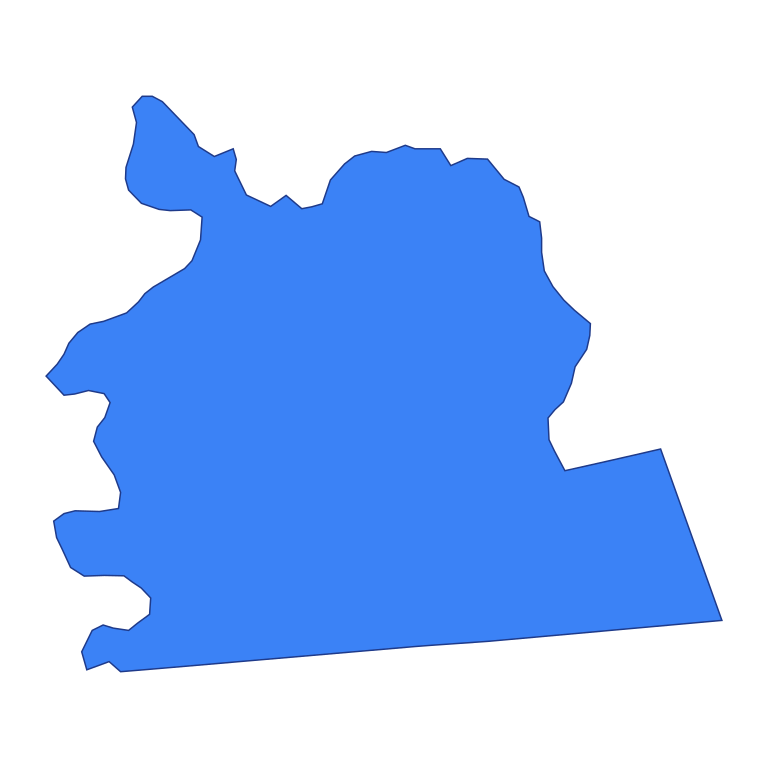 Santarém Novo, Pará, Brazil
{"feature_id": "56859067B39326540925346", "entity_name": "Santarém Novo", "entity_type": "district", "adm_level": 2, "iso_a3": "BRA", "parent_name": "Brazil", "parent_adm1": "Pará", "projection": "robinson", "projection_center": [-47.361, -0.902], "detail": "fine", "context": "isolated", "style": "filled", "palette": "blue", "viewbox_px": 768, "rotation_deg": 0, "n_neighbors": 0, "source": "geoboundaries", "source_scale": "gbopen_adm2", "svg_char_len": 1500}
<svg xmlns="http://www.w3.org/2000/svg" viewBox="0 0 768 768"><path d="M120.6,671.7L154.4,668.9L415.4,646.5L431.2,645.3L488.5,641.3L721.9,620.4L660.6,449.0L612.6,460.0L564.9,470.7L554.4,450.9L549.0,439.7L548.0,418.0L555.0,409.6L563.4,401.9L571.4,383.3L575.1,366.8L586.7,349.3L589.8,335.5L590.4,323.6L574.5,310.3L563.8,300.1L552.9,286.6L544.3,270.9L541.6,252.3L541.6,238.1L539.7,221.8L529.0,216.4L523.3,197.3L519.0,187.0L504.1,179.3L487.5,159.1L467.3,158.4L450.8,165.6L440.3,148.8L415.0,148.8L405.3,145.3L386.4,152.5L371.6,151.4L354.7,156.0L344.6,163.9L330.4,180.0L322.3,203.8L311.8,206.8L301.8,208.7L286.1,195.4L270.7,206.4L246.4,195.0L234.7,170.9L236.3,159.5L233.2,148.8L214.3,156.5L198.4,146.5L194.1,134.6L162.4,101.7L152.3,96.3L142.2,96.3L132.3,107.1L136.5,122.5L133.4,144.1L126.0,167.4L125.5,178.9L128.6,190.1L141.4,203.3L159.1,209.4L170.2,210.6L190.8,209.9L202.1,217.1L200.5,239.9L192.0,260.7L184.6,268.6L153.3,287.0L144.9,293.6L138.5,301.9L126.6,312.9L103.7,321.3L90.1,324.1L77.8,332.5L68.9,343.2L64.0,354.2L57.2,364.2L46.1,376.1L64.0,395.2L74.7,394.0L88.5,390.5L104.1,393.6L110.1,402.6L104.8,417.6L97.3,427.1L93.6,441.3L101.7,457.0L114.2,474.9L120.6,492.4L118.5,508.5L99.6,511.5L75.1,510.8L64.0,513.6L53.7,521.1L56.6,537.6L62.1,549.0L70.6,567.5L84.2,576.1L104.3,575.4L123.9,575.8L132.1,581.9L141.2,588.0L150.7,598.0L149.6,614.3L137.5,623.2L128.6,630.4L113.2,628.1L103.1,625.0L92.2,630.4L81.7,651.8L86.8,669.8L109.1,661.6L120.6,671.7Z" fill="#3b82f6" stroke="#1e3a8a" stroke-width="1.5"/></svg>